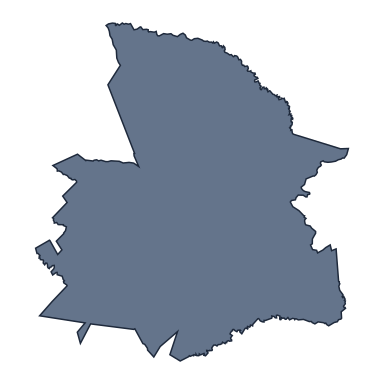 the district of Mount Darwin, Mashonaland Central, Zimbabwe
{"feature_id": "62879985B29850987700829", "entity_name": "Mount Darwin", "entity_type": "district", "adm_level": 2, "iso_a3": "ZWE", "parent_name": "Zimbabwe", "parent_adm1": "Mashonaland Central", "projection": "robinson", "projection_center": [31.728, -16.538], "detail": "fine", "context": "isolated", "style": "filled", "palette": "slate", "viewbox_px": 384, "rotation_deg": 0, "n_neighbors": 0, "source": "geoboundaries", "source_scale": "gbopen_adm2", "svg_char_len": 5892}
<svg xmlns="http://www.w3.org/2000/svg" viewBox="0 0 384 384"><path d="M90.6,323.9L133.8,329.4L134.7,328.8L134.5,328.2L142.9,343.6L144.7,344.3L147.4,348.2L147.6,350.1L153.8,357.0L160.2,346.5L177.5,331.6L169.9,354.7L180.2,361.0L188.8,356.6L189.3,355.7L190.3,356.3L192.7,355.3L193.6,355.7L193.9,354.7L195.9,355.3L196.0,354.2L196.8,355.6L198.4,355.7L199.1,355.5L199.3,353.9L200.5,354.9L204.0,353.4L204.3,354.2L203.8,355.3L205.5,355.8L208.0,353.0L207.8,352.1L206.8,351.4L206.7,350.4L209.3,350.8L209.8,350.3L210.8,350.7L212.1,350.4L212.3,349.6L211.7,348.0L213.6,345.2L215.4,345.0L217.0,346.0L218.2,344.6L220.1,344.5L221.9,343.7L222.5,342.2L225.1,343.6L225.5,342.5L226.6,342.7L227.0,341.3L228.4,340.7L229.5,341.2L231.6,340.9L231.7,340.0L230.8,338.9L230.6,337.9L232.3,335.5L230.2,334.2L230.1,333.5L231.5,331.2L232.5,330.8L232.5,330.1L232.1,330.4L232.9,329.5L233.9,329.5L234.9,330.6L236.9,331.7L237.9,330.2L240.2,330.1L240.6,330.4L239.8,331.1L239.9,332.0L241.8,333.8L245.1,328.4L246.0,328.1L247.6,329.0L247.9,328.3L247.3,327.2L247.5,326.4L249.7,327.1L250.2,326.5L250.3,325.2L250.8,325.0L252.6,325.9L252.8,324.4L257.9,318.7L258.7,318.6L260.3,320.9L262.3,321.8L264.0,322.0L264.1,320.4L265.3,320.5L271.7,318.2L272.0,317.1L271.8,316.0L274.1,316.5L275.2,317.8L276.6,317.9L276.4,315.4L277.4,315.1L279.9,316.1L279.7,319.0L280.2,319.7L281.0,319.5L281.4,317.6L282.7,318.3L284.0,318.0L285.3,319.3L286.2,319.2L287.9,317.5L289.5,319.8L292.5,318.4L294.4,318.7L294.8,319.6L295.4,318.8L296.2,318.8L298.3,319.9L303.5,319.4L309.3,321.6L311.4,321.5L312.2,322.6L314.9,323.9L318.1,321.9L323.6,322.7L325.0,323.6L325.8,323.1L326.9,324.7L328.7,325.8L334.2,322.5L337.4,321.7L338.5,319.7L340.9,319.1L341.6,318.2L341.2,311.8L345.5,308.3L345.0,307.4L344.1,307.5L343.5,306.2L345.3,303.8L345.0,302.2L345.4,301.0L344.4,300.4L345.1,299.2L343.9,296.8L342.9,297.7L342.4,297.2L342.2,296.4L343.0,295.8L343.0,294.8L339.7,290.3L338.8,286.1L339.8,283.8L339.2,282.8L339.3,281.7L338.6,281.3L336.1,248.9L331.6,250.7L330.2,244.9L325.7,247.6L322.8,250.1L317.6,252.9L316.6,250.3L312.6,249.6L310.5,245.0L312.3,243.8L312.4,238.9L315.6,233.3L315.6,231.4L311.7,228.2L310.2,226.0L305.9,224.9L305.1,223.7L304.6,221.1L304.8,219.7L306.0,218.4L304.2,217.3L304.6,215.8L303.8,215.7L299.0,210.7L292.8,206.7L290.3,202.0L291.5,200.5L295.4,199.8L296.1,197.6L298.2,195.1L303.2,195.2L305.8,196.9L307.0,196.9L307.6,194.6L309.6,194.2L309.8,193.3L309.4,192.5L305.2,191.6L303.2,190.5L301.5,188.6L301.2,187.1L304.5,184.5L306.1,178.9L313.1,176.0L314.3,176.1L315.9,174.8L317.3,172.5L316.8,170.2L317.6,168.6L318.5,167.3L320.5,166.2L321.3,165.0L320.4,163.3L320.7,161.9L323.2,160.8L324.2,161.8L327.9,162.3L331.3,162.0L335.6,161.2L338.4,159.7L341.0,159.1L342.5,158.0L344.2,158.1L346.7,154.7L348.4,148.5L340.5,148.8L293.3,134.2L292.3,133.0L291.9,129.9L290.8,130.3L291.0,129.3L289.7,127.8L290.6,127.2L290.4,126.4L291.0,126.2L290.9,125.6L292.0,124.9L292.3,122.4L291.4,122.0L291.6,121.5L291.0,121.1L291.2,119.0L291.3,118.6L292.6,119.3L292.8,118.2L291.5,116.8L291.7,115.7L290.8,115.8L290.9,114.1L289.0,114.7L289.8,113.0L289.4,111.7L290.1,111.3L288.6,108.8L288.6,108.3L289.3,108.3L289.5,106.4L287.4,105.0L288.0,103.1L287.4,102.8L287.2,101.7L286.6,101.5L286.2,102.5L285.6,102.5L284.2,98.3L283.3,98.7L281.3,98.1L281.2,99.1L279.0,99.7L278.4,98.2L279.6,97.4L279.5,96.5L276.9,96.9L276.6,96.4L277.0,95.1L275.2,95.7L274.1,94.5L272.9,94.3L269.9,90.8L269.1,90.8L268.0,91.8L266.9,89.5L267.6,89.2L266.2,87.8L265.7,88.7L264.3,88.8L264.0,87.1L262.9,87.2L262.3,87.6L261.5,89.6L260.5,89.5L260.0,87.8L261.1,86.2L259.6,85.0L260.0,83.4L259.1,83.2L258.1,80.9L255.9,82.0L254.7,81.8L254.6,80.3L254.9,79.8L257.9,78.5L257.3,77.3L255.9,77.1L254.1,75.8L254.1,74.8L255.3,74.2L255.0,73.1L252.9,73.0L250.9,71.9L250.8,70.8L249.7,71.3L247.6,71.1L247.3,70.4L248.3,68.6L248.0,66.9L247.3,66.0L244.6,66.5L243.7,65.2L242.4,65.3L241.5,63.4L241.6,61.2L240.5,59.4L238.9,59.8L237.7,57.0L236.7,56.0L234.6,55.6L233.9,56.6L233.3,56.7L231.3,54.6L229.6,54.9L227.3,53.2L224.9,52.3L224.3,50.9L225.1,49.6L224.8,47.4L223.4,45.9L222.9,47.5L222.3,47.7L221.3,45.8L219.5,45.8L218.2,42.9L216.7,42.0L214.2,43.2L213.5,41.8L212.6,42.9L211.6,42.1L209.4,42.2L207.2,41.0L206.0,41.4L203.6,41.1L202.4,40.1L197.9,38.3L194.3,38.7L191.8,40.3L190.4,40.1L186.5,37.8L185.3,35.0L183.0,33.2L180.4,34.3L177.4,36.6L173.0,35.3L171.0,33.7L167.2,34.2L163.6,33.6L159.3,35.9L157.8,35.8L156.8,34.4L156.2,31.4L154.3,32.2L150.3,31.6L148.6,31.9L148.2,31.4L148.2,29.7L146.5,29.3L142.8,29.6L140.8,26.9L139.9,27.1L137.2,29.1L134.0,29.8L130.5,23.6L128.5,24.2L125.8,23.5L124.1,24.2L122.3,23.0L119.3,25.3L117.6,24.0L115.9,25.5L115.4,25.0L115.8,23.8L115.3,23.4L112.4,23.1L108.5,23.9L106.1,25.5L108.1,27.9L109.3,31.2L110.0,35.7L112.2,39.3L113.2,44.7L116.3,50.0L116.8,58.1L118.5,62.5L120.4,65.3L107.9,84.8L134.6,153.4L133.9,153.5L134.1,155.9L138.7,166.5L133.7,163.1L129.1,162.4L123.2,163.0L119.3,161.3L111.0,160.8L108.1,161.6L105.7,161.6L101.0,160.2L98.6,160.9L96.7,159.8L94.1,160.2L93.1,161.0L85.8,160.1L85.7,160.5L77.5,154.2L52.9,165.5L56.6,168.4L57.2,169.1L57.3,171.1L58.9,170.9L61.5,172.1L63.3,174.5L64.3,174.3L67.3,175.6L69.3,178.1L71.0,178.4L71.3,179.4L72.8,179.9L74.9,179.5L76.5,181.0L76.6,182.3L62.7,196.1L67.1,202.5L52.5,217.8L53.6,218.5L53.4,220.2L54.2,221.7L54.3,223.1L56.7,222.5L58.2,224.6L63.4,224.7L63.4,225.5L66.4,226.8L65.5,230.7L63.7,233.0L63.8,233.6L56.3,241.2L61.9,249.9L57.7,254.5L49.7,240.2L50.1,240.1L49.5,240.2L35.6,248.2L37.0,253.5L38.1,253.5L40.0,255.5L39.8,256.1L39.3,256.1L39.1,258.0L39.8,257.8L40.4,259.6L43.1,260.0L43.5,260.6L43.2,263.0L44.7,264.8L45.7,263.1L46.9,263.2L47.5,264.9L47.6,267.0L48.4,268.2L49.4,268.6L49.8,267.4L51.5,266.8L52.3,265.6L54.2,265.4L54.3,267.5L53.7,268.9L51.1,271.8L52.7,275.0L56.1,272.5L57.1,272.4L57.2,274.7L62.2,276.2L63.2,279.5L64.4,280.8L63.5,281.6L63.8,282.9L66.7,284.9L67.1,285.8L52.0,301.7L39.6,315.8L85.1,322.9L77.3,332.2L80.4,343.4L90.6,323.9Z" fill="#64748b" stroke="#1e293b" stroke-width="1.5"/></svg>